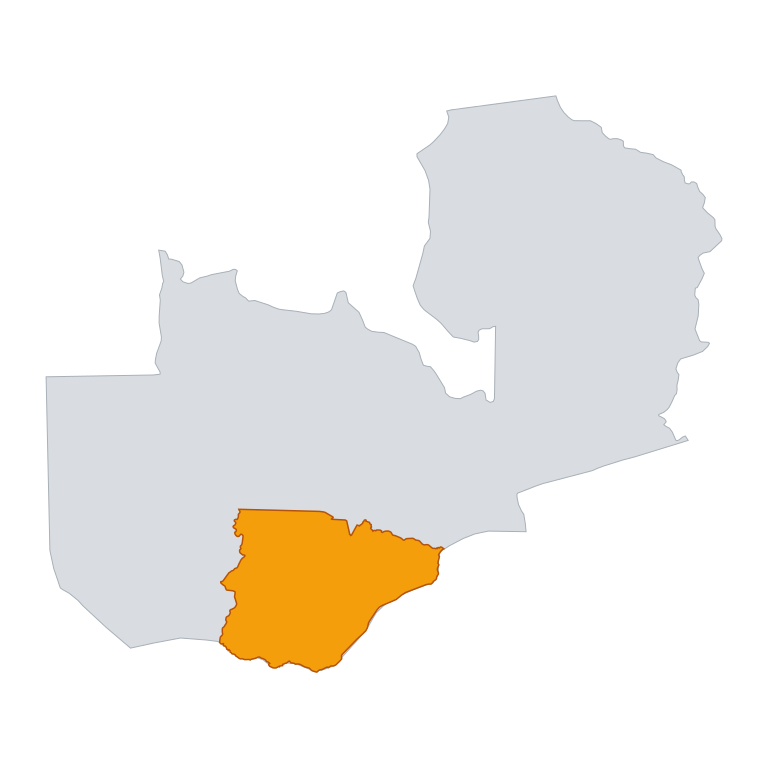 where Southern sits in Zambia
{"feature_id": "ZMB-522", "entity_name": "Southern", "entity_type": "Province", "adm_level": 1, "iso_a3": "ZMB", "parent_name": "Zambia", "parent_adm1": "", "projection": "albers", "projection_center": [26.307, -16.684], "detail": "fine", "context": "in_parent", "style": "filled", "palette": "amber", "viewbox_px": 768, "rotation_deg": 0, "n_neighbors": 0, "source": "natural_earth", "source_scale": "10m", "svg_char_len": 9761}
<svg xmlns="http://www.w3.org/2000/svg" viewBox="0 0 768 768"><path d="M526.1,531.7L488.3,531.1L474.6,534.0L463.2,538.5L449.7,545.6L441.8,550.6L439.7,553.4L438.5,559.7L438.4,569.3L437.0,576.2L432.8,582.5L412.4,590.0L399.1,596.1L386.0,603.4L376.0,613.0L369.2,624.8L357.9,639.5L334.5,665.6L321.0,670.5L309.7,669.3L296.0,663.8L285.2,662.8L277.1,666.2L269.7,665.2L262.9,659.7L257.2,657.7L252.5,659.2L246.6,659.0L235.8,656.0L226.4,646.7L221.4,642.9L217.5,641.4L206.3,640.0L180.6,638.0L153.9,643.0L130.5,648.1L106.4,627.6L83.0,605.9L78.0,600.4L69.1,593.2L62.8,589.7L60.3,587.9L53.7,568.4L49.9,550.4L46.1,376.8L153.1,375.0L160.0,374.2L160.2,372.3L155.2,363.1L155.4,359.8L156.6,353.5L161.2,340.9L161.4,336.7L159.1,323.1L159.2,315.5L160.3,300.1L159.5,294.9L161.9,287.9L162.7,283.3L163.7,281.3L162.4,276.1L160.1,257.8L158.7,250.1L165.2,251.2L167.4,254.9L168.7,259.0L171.6,259.2L179.3,261.6L182.0,265.0L183.9,272.3L182.8,276.1L180.4,279.1L182.9,281.8L188.0,283.5L191.0,283.0L199.7,277.9L207.6,276.0L211.7,274.6L229.5,271.2L233.1,269.4L235.5,269.4L237.3,270.8L235.7,276.0L235.2,280.7L237.5,289.4L239.2,293.5L242.9,296.4L245.6,297.9L248.6,301.1L254.8,300.5L268.4,304.9L272.6,306.9L278.3,309.0L282.4,309.7L296.4,311.3L311.2,313.8L318.9,314.0L324.4,313.4L328.2,312.2L330.5,310.7L331.6,309.5L337.3,293.0L340.1,291.7L343.8,290.9L345.9,292.4L348.3,302.8L359.0,312.3L362.6,320.3L365.2,327.1L367.5,329.0L371.6,331.3L378.1,332.2L383.9,332.5L412.6,344.3L415.7,346.4L419.2,352.6L421.2,359.6L423.4,365.2L427.1,366.3L430.4,366.7L433.7,370.5L436.1,373.9L444.5,387.7L445.6,393.1L449.6,396.8L455.2,398.4L460.4,398.7L463.4,397.1L470.7,394.4L476.5,391.2L480.7,390.2L483.1,390.9L485.0,393.2L486.1,400.0L490.1,402.4L493.2,401.5L494.4,398.9L494.5,397.5L495.6,326.3L493.0,326.7L489.6,328.7L482.0,328.8L479.0,330.3L478.0,332.5L478.6,335.5L478.7,339.5L477.5,341.4L474.2,342.1L469.4,340.5L460.6,338.3L453.3,337.0L448.2,331.6L441.2,323.4L436.6,319.3L425.4,310.8L423.5,309.1L420.2,305.1L417.3,298.4L414.6,290.6L413.1,285.7L415.9,278.2L422.8,253.6L424.4,246.0L430.0,238.3L430.5,231.3L428.3,222.3L429.0,217.4L430.0,189.3L428.6,180.4L425.0,170.5L417.0,156.7L417.0,153.7L429.8,145.0L433.6,141.7L440.3,134.5L444.8,128.5L447.7,123.5L448.8,117.1L446.7,111.0L451.1,109.9L555.9,95.9L557.3,100.2L560.3,107.2L563.8,112.4L568.2,117.0L571.9,119.8L574.4,120.7L590.5,120.8L596.2,123.7L601.2,127.3L602.3,132.7L605.5,136.1L609.0,138.9L610.5,139.3L613.2,138.7L617.5,138.7L621.4,140.0L623.3,141.2L623.4,145.7L624.5,147.8L629.9,148.7L635.5,149.2L640.7,152.4L646.4,153.1L653.1,154.6L656.1,158.0L663.1,161.6L671.7,164.9L681.1,170.2L681.2,171.7L682.7,174.7L684.3,176.9L684.4,180.0L685.1,182.9L687.5,183.7L689.5,183.9L691.5,181.9L694.0,182.0L696.7,183.5L697.6,186.8L699.6,191.4L703.0,194.5L705.3,197.6L704.3,202.9L702.6,207.7L707.3,212.7L713.3,217.6L714.9,219.7L715.1,226.5L716.0,228.9L720.0,234.7L721.9,238.6L721.7,240.7L710.0,251.6L703.0,253.1L699.9,255.3L698.0,257.6L702.1,269.0L704.3,273.3L702.1,278.6L697.3,287.5L695.3,288.2L694.7,295.1L695.9,297.6L698.1,299.7L698.8,304.4L698.2,315.9L695.0,329.0L699.6,340.6L701.3,341.9L708.3,342.3L709.5,343.3L707.7,346.5L702.6,351.4L693.6,355.0L680.7,358.9L677.8,362.9L675.9,368.9L677.3,372.5L678.9,374.6L678.2,379.9L676.9,385.4L677.1,389.8L676.4,393.7L674.7,395.5L672.2,401.3L669.3,407.0L667.1,409.7L663.8,412.3L658.7,414.5L658.7,415.7L664.3,418.6L665.7,420.5L666.2,421.8L663.8,424.7L666.3,426.6L669.5,428.2L672.4,432.2L675.6,439.7L676.2,440.5L677.2,440.6L679.1,439.9L682.7,437.0L685.3,436.0L688.2,440.4L634.6,456.9L622.1,460.2L603.4,466.1L597.3,468.4L592.4,470.6L542.8,483.6L535.1,486.3L517.5,493.2L516.9,494.4L517.1,497.7L518.5,504.5L521.4,510.8L523.8,514.4L525.3,523.7L526.1,531.7Z" fill="#d9dde1" stroke="#a8b0b8" stroke-width="1"/><path d="M443.8,548.8L442.9,549.2L441.0,551.0L439.8,552.6L439.6,553.0L438.8,554.2L438.6,554.8L438.7,555.4L439.2,556.1L439.4,556.4L439.0,558.4L438.3,560.9L437.9,563.2L438.9,564.9L437.5,568.0L437.3,569.3L437.5,570.3L438.4,572.8L438.4,574.1L437.0,576.3L436.8,576.8L436.4,578.9L435.6,579.8L433.3,581.5L432.9,582.5L431.2,584.0L430.5,584.1L428.9,584.1L426.2,584.6L405.6,592.5L401.8,594.9L396.2,599.5L382.4,605.4L379.4,607.1L377.2,609.6L369.5,621.1L368.5,623.1L367.4,627.8L365.8,630.8L362.8,633.8L357.1,639.0L342.1,654.5L341.6,655.4L341.5,656.0L341.5,657.4L341.7,658.8L339.8,661.1L336.0,664.8L334.5,665.6L333.6,665.9L331.0,666.0L330.4,666.2L328.4,667.6L327.0,667.1L321.8,669.6L320.4,669.7L319.5,670.0L318.8,670.4L317.2,671.9L316.5,672.1L315.7,671.9L312.5,670.9L311.6,670.4L310.8,669.8L310.0,668.8L309.3,668.2L308.3,667.8L306.8,667.5L304.5,666.8L300.2,664.4L297.6,663.9L295.6,664.2L295.2,664.1L294.8,663.8L294.3,663.4L293.8,663.2L291.2,662.9L290.7,662.7L290.4,662.3L290.1,661.8L289.7,661.3L289.2,661.1L288.7,661.4L286.7,662.9L286.2,663.2L284.9,663.4L284.0,664.0L283.0,664.2L282.7,664.4L282.6,664.6L282.7,665.3L282.7,665.6L281.9,665.8L280.8,665.8L280.0,666.0L279.6,666.7L279.2,666.3L276.2,667.9L275.5,668.0L273.1,667.9L269.7,666.3L269.2,665.7L268.7,664.7L268.8,663.9L269.7,663.5L268.9,662.5L266.4,661.4L265.9,660.5L265.4,659.9L264.2,659.2L263.0,658.6L260.9,658.0L260.2,657.4L259.5,657.0L258.1,657.1L255.2,658.4L251.4,659.2L251.1,659.3L250.6,659.8L250.3,660.0L249.9,659.9L249.4,659.6L249.1,659.5L244.9,659.6L244.3,659.5L242.4,658.8L240.7,658.9L240.1,658.8L239.0,658.3L237.3,656.9L236.3,656.4L235.9,656.0L235.5,655.3L234.9,654.6L234.1,654.2L233.4,654.0L232.4,654.0L232.0,653.8L231.3,652.8L231.0,652.6L230.3,652.3L230.1,652.0L230.0,651.7L230.1,650.9L229.9,650.6L229.1,649.7L228.7,649.7L228.2,650.4L228.0,650.0L227.7,649.6L227.3,649.3L226.8,649.2L226.2,647.2L225.0,646.2L224.9,645.9L224.2,645.9L223.8,645.9L223.5,645.6L223.2,645.2L223.2,644.8L223.5,643.8L223.3,643.6L222.8,643.7L221.7,644.0L221.2,644.0L220.3,643.3L219.6,642.4L220.1,638.3L220.4,637.1L221.1,636.2L221.8,635.5L222.1,635.2L222.5,634.6L222.6,634.1L222.7,633.7L222.6,633.4L222.4,632.7L222.3,632.3L222.3,629.1L222.4,628.5L222.6,628.0L223.0,627.6L223.9,626.9L224.1,626.7L225.0,625.1L225.6,624.4L226.6,622.4L226.7,622.0L226.7,621.7L226.4,621.2L226.1,620.8L225.9,620.4L225.8,619.7L226.0,618.2L226.2,617.5L226.4,617.1L226.9,616.7L228.4,615.9L228.8,615.6L229.2,615.1L229.8,614.0L230.1,613.3L230.3,612.8L230.3,612.4L230.2,612.1L229.9,611.5L229.8,611.0L230.0,610.2L230.5,609.8L230.9,609.5L231.5,609.4L234.4,607.9L234.8,607.5L235.3,606.8L236.3,605.2L236.6,604.4L236.7,603.8L235.0,598.2L234.7,597.7L234.6,597.0L234.6,596.1L235.1,593.2L235.1,592.5L235.1,592.0L234.9,591.8L234.4,591.5L233.9,591.2L232.9,590.8L227.0,590.1L226.6,590.0L226.3,589.7L225.6,588.2L225.4,587.6L225.2,586.7L225.1,586.4L224.7,586.0L222.7,584.6L220.9,583.0L220.7,582.2L220.7,581.9L220.8,581.7L221.9,581.5L222.5,581.2L223.2,580.7L228.8,572.9L229.3,572.5L230.3,572.0L231.4,571.0L231.6,570.9L232.5,570.7L232.8,570.6L233.5,570.1L234.7,568.7L234.9,568.6L235.4,568.3L236.4,568.1L237.1,567.7L237.4,567.3L237.8,566.6L239.2,563.3L239.4,563.0L239.9,562.1L240.6,560.5L240.8,560.1L241.2,559.7L241.6,559.3L242.0,558.5L242.5,558.1L243.5,557.5L243.7,557.4L244.9,555.9L244.9,555.6L244.8,555.4L244.5,555.2L243.8,555.0L242.8,554.9L242.4,554.8L242.0,554.4L241.6,554.0L240.4,553.1L240.0,552.6L239.8,552.1L239.7,551.9L239.6,551.0L239.6,550.4L239.7,550.0L239.9,549.7L240.4,549.4L240.6,549.1L240.9,548.7L240.9,548.4L240.5,547.9L240.4,547.5L240.3,546.7L240.4,546.2L240.6,545.9L240.9,545.8L241.2,545.4L241.6,544.8L242.2,543.2L243.0,536.9L243.0,536.1L243.0,535.8L242.7,535.3L242.3,534.9L241.9,534.5L241.6,534.4L241.0,534.2L240.7,534.3L240.5,534.5L239.2,536.1L238.7,536.4L238.0,536.5L237.3,536.4L236.8,536.1L236.3,535.7L235.9,535.3L235.1,534.1L235.0,533.8L234.8,532.8L234.8,532.4L235.0,532.1L235.8,531.6L236.0,531.4L236.2,531.0L236.4,530.3L236.2,529.6L236.1,529.4L235.7,529.0L234.9,528.6L233.7,527.8L233.4,527.5L233.3,527.2L233.1,526.6L233.2,526.3L233.4,526.0L235.0,524.8L235.2,524.5L235.4,524.1L235.7,523.4L235.8,522.9L235.7,522.6L235.4,522.1L234.4,521.1L234.3,520.6L234.3,520.2L234.5,520.0L234.7,519.8L235.8,519.3L236.1,519.3L236.9,519.5L237.1,519.4L237.3,519.2L238.1,517.7L238.2,517.2L238.4,516.4L238.4,515.8L238.3,515.0L238.4,514.5L238.5,514.1L238.7,513.9L239.6,512.9L239.9,512.4L240.0,512.0L240.0,511.6L239.8,511.1L239.1,510.1L238.8,509.3L319.4,511.4L322.7,511.8L325.0,512.3L332.5,516.7L333.1,517.2L333.1,517.6L331.7,518.7L331.5,519.1L332.0,519.3L345.3,520.0L346.7,520.9L349.6,533.7L349.6,534.4L350.2,534.6L350.8,535.5L351.7,534.9L351.9,534.4L357.0,525.1L357.3,525.1L358.4,525.5L359.3,525.9L359.6,525.9L359.8,525.8L360.0,525.3L360.2,525.0L360.5,524.9L361.0,524.7L361.9,523.9L362.4,523.6L362.7,523.1L362.9,522.1L363.1,521.9L363.8,521.5L363.9,521.2L364.1,520.4L364.4,520.2L364.8,520.0L365.6,519.9L366.0,520.1L366.1,520.4L366.0,520.9L366.0,521.2L366.4,521.3L369.3,522.3L369.6,522.6L369.7,522.8L369.8,523.5L369.9,523.8L370.1,524.0L371.0,524.4L371.2,524.6L371.2,524.9L371.1,526.1L371.2,526.4L371.3,526.7L371.5,526.9L371.5,527.1L371.3,527.3L370.7,527.9L370.6,528.1L370.7,528.4L370.8,528.6L372.0,529.8L372.3,530.2L372.6,530.7L372.9,531.2L373.5,530.6L373.9,530.4L374.8,530.4L375.5,530.8L375.8,530.8L376.0,530.7L376.4,530.1L376.6,530.0L379.1,530.0L380.4,530.2L381.5,530.9L381.3,531.4L381.4,531.8L381.7,532.2L382.2,532.5L384.1,531.5L386.4,531.0L388.7,531.1L390.8,532.1L391.5,533.1L392.1,534.2L392.7,535.0L393.7,535.4L394.9,535.5L400.4,537.8L401.4,538.4L403.1,539.9L403.7,540.2L404.2,540.1L405.9,538.9L406.8,538.6L412.5,538.3L413.6,538.6L414.2,539.0L415.3,539.8L416.0,540.1L418.1,540.4L419.0,540.7L419.9,541.4L422.3,544.0L423.3,544.6L424.4,544.9L426.7,544.6L427.8,544.7L428.6,545.0L432.3,548.1L432.9,548.4L433.2,548.4L434.2,548.3L434.6,548.4L435.5,548.6L436.0,548.7L436.3,548.5L436.5,548.1L436.9,548.0L437.5,548.4L437.8,547.8L438.2,547.5L438.8,547.6L439.5,547.9L440.4,547.0L441.7,547.2L442.9,548.1L443.8,548.8Z" fill="#f59e0b" stroke="#b45309" stroke-width="1.5"/></svg>